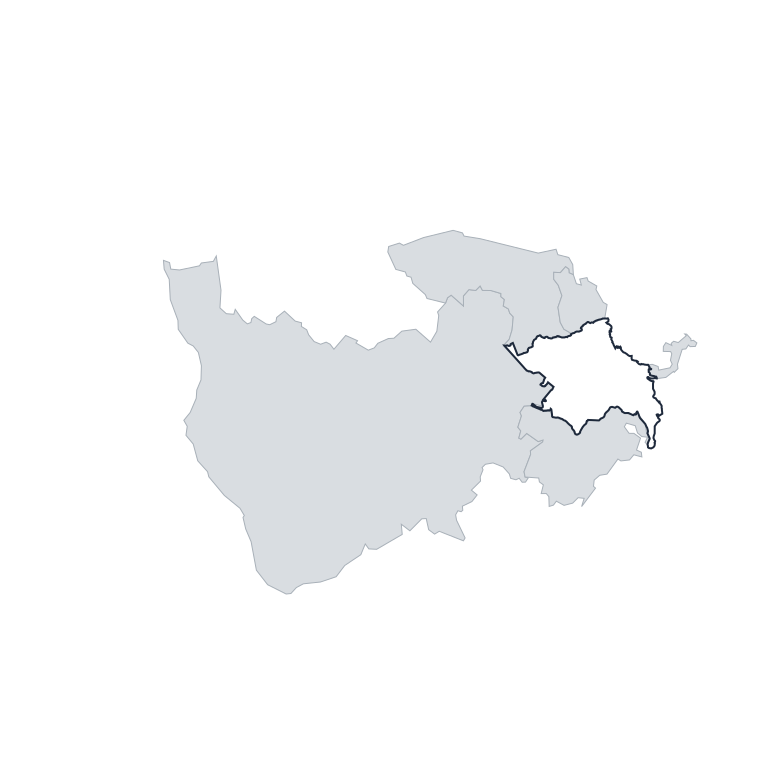 Colombia and the surrounding countries, rotated 129°
{"feature_id": "COL", "entity_name": "Colombia", "entity_type": "country or territory", "adm_level": 0, "iso_a3": "COL", "parent_name": "South America", "parent_adm1": "", "projection": "robinson", "projection_center": [-72.763, 4.099], "detail": "fine", "context": "with_neighbors", "style": "outline", "palette": "slate", "viewbox_px": 768, "rotation_deg": 129, "n_neighbors": 5, "source": "natural_earth", "source_scale": "50m", "svg_char_len": 10929}
<svg xmlns="http://www.w3.org/2000/svg" viewBox="0 0 768 768"><g transform="rotate(129 384 384)"><path d="M426.7,633.2L424.6,627.1L428.9,622.0L424.1,614.7L408.3,601.8L404.9,602.1L396.1,593.8L390.1,594.9L413.7,569.7L428.1,559.4L428.6,550.8L424.3,544.6L419.6,546.6L423.2,534.0L423.3,528.1L420.0,526.1L416.5,527.9L413.1,527.4L411.5,513.3L409.8,510.1L403.6,507.2L399.8,509.3L390.0,507.2L391.0,492.6L388.3,486.6L391.3,484.4L390.5,478.2L393.2,473.5L395.0,465.0L393.0,458.3L387.9,455.3L387.0,451.0L388.5,444.8L370.4,444.3L367.0,431.8L369.8,431.6L367.6,417.5L362.1,414.3L356.2,414.4L345.9,409.2L342.2,405.1L331.7,403.4L321.4,393.7L322.2,374.2L309.8,376.1L296.4,384.5L294.3,387.7L282.4,387.1L277.0,388.9L272.7,387.7L273.4,371.3L265.6,377.7L257.2,377.4L253.6,371.6L247.3,371.0L249.3,366.4L244.1,359.8L240.1,350.1L242.6,348.1L242.6,343.6L248.3,340.4L247.4,334.6L249.8,330.9L250.5,325.8L261.4,318.5L270.5,314.8L279.1,315.3L283.6,281.0L282.1,274.8L277.9,270.9L277.9,263.1L283.3,261.3L285.2,262.4L285.5,258.3L279.9,257.2L279.8,250.4L298.4,250.7L301.5,246.9L306.0,256.7L307.8,255.4L313.1,261.1L320.5,260.4L322.3,257.1L333.3,252.8L334.4,248.2L341.2,245.2L340.7,242.9L332.6,242.0L331.7,227.9L327.4,225.1L329.2,224.2L343.8,228.2L346.5,225.7L364.0,220.0L367.5,215.8L366.2,212.8L371.2,212.3L373.4,214.8L372.2,219.6L375.4,221.2L377.6,226.2L375.0,230.0L373.5,239.2L376.7,249.6L382.6,254.7L387.2,255.2L388.3,253.1L395.6,250.8L398.7,247.9L411.5,249.3L411.6,241.8L420.0,241.7L429.6,246.2L432.6,243.3L434.7,243.7L436.0,246.8L440.6,246.0L444.2,241.9L452.6,224.1L455.9,223.6L463.7,248.4L468.8,250.2L469.1,257.6L462.0,266.5L465.0,269.8L481.8,271.5L482.1,282.3L489.4,275.2L517.1,285.7L521.7,292.0L520.1,297.9L531.2,294.6L549.7,300.3L563.9,299.9L577.9,308.8L590.0,320.9L597.3,324.0L605.4,324.5L608.8,327.9L613.2,348.1L609.0,366.0L590.2,388.0L583.7,400.2L576.4,409.6L574.1,409.8L571.2,417.7L571.1,437.9L566.4,461.7L563.2,465.9L560.9,480.4L550.7,494.5L548.5,505.6L540.7,510.3L538.2,516.7L528.1,516.7L513.3,520.9L506.5,525.7L496.0,528.8L484.7,537.4L476.3,548.1L474.5,556.2L475.7,562.1L471.0,578.3L464.2,584.2L452.9,603.2L437.8,616.8L433.1,627.1L426.7,633.2Z" fill="#d9dde1" stroke="#a8b0b8" stroke-width="1"/><path d="M279.1,315.3L270.5,314.8L261.4,318.5L250.5,325.8L249.8,330.9L247.4,334.6L248.3,340.4L242.6,343.6L242.6,348.1L240.1,350.1L244.1,359.8L249.3,366.4L247.3,371.0L253.6,371.6L257.2,377.4L265.6,377.7L273.4,371.3L272.7,387.7L277.0,388.9L282.4,387.1L290.5,404.4L288.5,408.1L287.7,424.9L284.0,430.2L285.7,434.2L283.5,437.9L287.5,446.9L279.0,464.1L274.2,466.9L264.8,460.7L264.0,456.2L245.3,445.4L221.1,427.0L217.2,418.1L218.7,414.9L210.6,400.8L185.2,346.5L171.0,335.1L174.1,330.3L169.4,320.0L172.4,312.5L179.9,305.6L181.1,310.1L178.4,312.7L178.6,316.7L186.4,317.0L190.4,322.4L195.8,318.0L197.6,310.7L203.4,301.3L214.9,297.1L225.2,285.8L228.2,278.7L226.9,270.6L229.4,269.5L243.2,282.5L248.8,293.8L255.9,295.2L261.1,292.3L264.6,294.2L270.3,293.3L277.6,298.3L271.4,309.3L274.3,309.6L279.1,315.3Z" fill="#d9dde1" stroke="#a8b0b8" stroke-width="1"/><path d="M208.2,175.4L207.0,176.9L209.2,183.3L207.4,186.5L204.3,185.7L203.1,191.0L199.9,187.9L197.9,182.0L200.3,179.2L191.4,171.9L187.2,172.5L185.3,176.3L179.4,179.4L178.4,181.6L182.9,187.5L179.0,190.5L174.5,191.0L172.9,184.6L171.7,186.4L168.5,185.8L166.6,181.4L156.2,179.5L155.9,181.8L154.8,180.2L155.8,173.9L157.2,172.6L155.3,171.0L155.2,166.7L158.9,165.7L162.3,169.6L162.1,171.9L166.8,171.5L169.4,174.1L183.9,168.4L187.1,165.2L192.3,165.8L192.0,166.9L201.5,169.1L208.2,175.4Z" fill="#d9dde1" stroke="#a8b0b8" stroke-width="1"/><path d="M359.7,204.6L367.5,215.8L364.0,220.0L346.5,225.7L343.8,228.2L329.2,224.2L327.4,225.1L331.7,227.9L332.6,242.0L340.7,242.9L341.2,245.2L334.4,248.2L333.3,252.8L322.3,257.1L320.5,260.4L313.1,261.1L307.8,255.4L304.9,244.6L298.9,238.5L303.7,233.1L298.8,220.3L299.5,212.6L303.3,203.1L299.9,201.3L283.8,203.1L277.1,193.8L271.6,192.4L259.4,193.5L257.1,189.7L254.8,188.8L254.8,178.2L251.5,170.9L246.6,170.2L250.4,156.2L256.8,149.1L259.2,143.7L265.3,141.9L265.0,144.4L259.5,145.7L262.6,150.6L262.5,156.2L258.3,162.5L261.9,171.0L266.0,170.3L268.1,162.5L265.1,158.7L264.6,150.6L276.4,146.2L275.1,141.1L278.4,137.7L281.8,145.3L288.5,145.4L294.7,151.5L295.1,155.0L313.7,154.0L319.2,158.9L326.4,160.2L331.7,156.8L331.8,154.1L354.9,153.3L346.9,156.5L350.2,161.6L357.8,162.4L365.0,167.7L366.6,176.3L371.5,176.1L375.2,178.6L367.8,185.0L367.0,188.9L370.2,192.9L362.1,196.7L362.3,201.6L359.7,204.6Z" fill="#d9dde1" stroke="#a8b0b8" stroke-width="1"/><path d="M226.9,270.6L228.2,278.7L225.2,285.8L214.9,297.1L203.4,301.3L197.6,310.7L195.8,318.0L190.4,322.4L186.4,317.0L178.6,316.7L178.4,312.7L181.1,310.1L179.9,305.6L185.0,297.6L182.9,292.9L179.3,297.9L173.6,293.2L175.5,290.1L173.9,280.3L177.2,278.7L182.6,265.0L181.9,260.6L193.7,254.0L205.0,260.0L207.3,264.6L215.4,266.1L218.1,264.4L226.9,270.6Z" fill="#d9dde1" stroke="#a8b0b8" stroke-width="1"/><path d="M265.4,140.9L263.4,141.9L259.4,143.0L258.8,143.7L256.6,148.1L254.7,149.0L254.1,149.6L252.4,152.0L252.0,153.2L250.7,155.7L250.1,158.9L249.4,163.3L248.9,164.6L247.4,167.0L246.1,169.4L246.0,169.7L246.3,170.0L247.7,169.7L248.9,169.0L249.4,169.2L249.9,170.4L250.4,170.5L250.9,170.4L251.4,170.6L252.7,175.8L255.0,178.5L255.3,179.5L255.6,181.7L254.7,183.0L254.4,186.8L254.5,187.7L254.8,188.5L255.2,188.9L257.0,189.4L258.2,192.3L258.9,193.0L260.0,193.5L262.6,193.0L264.1,193.1L266.4,193.5L267.3,193.5L268.4,193.4L270.3,192.5L271.0,192.4L271.8,192.5L272.9,192.9L274.3,193.7L275.5,193.9L276.8,193.9L277.1,194.1L283.5,202.8L284.1,202.6L284.6,202.7L285.0,203.1L285.7,202.9L286.7,202.2L288.1,202.0L290.0,202.5L292.5,202.5L295.7,202.0L297.6,201.6L298.4,201.0L299.6,201.1L301.1,201.6L302.0,202.2L302.4,203.9L302.0,204.9L301.1,206.0L300.6,207.3L300.5,208.9L300.0,210.1L299.1,210.9L298.7,212.0L298.9,213.5L298.8,215.7L298.4,218.6L298.5,220.3L298.8,220.8L299.0,221.6L299.0,222.7L299.1,223.6L299.6,224.8L300.3,227.2L300.9,228.2L301.9,229.1L303.6,232.1L303.4,232.8L303.2,233.1L301.7,234.5L298.7,237.7L298.4,238.1L298.4,238.8L299.3,238.3L300.7,238.8L300.9,239.0L301.2,239.9L302.0,240.4L302.9,241.3L303.6,242.2L304.6,243.1L304.7,243.7L304.6,244.4L305.1,245.8L305.4,246.2L305.5,246.8L305.4,247.3L305.8,248.0L306.7,250.8L306.8,251.6L307.0,252.0L307.3,253.2L307.7,254.3L307.6,255.0L307.8,255.7L306.0,256.2L305.9,256.1L305.8,255.9L305.8,251.5L305.5,250.5L303.3,246.4L302.8,246.1L302.3,246.0L301.9,246.2L301.3,246.5L300.8,247.0L298.9,249.6L298.3,249.9L297.7,250.0L297.2,250.0L296.8,249.6L295.9,247.8L295.3,247.5L295.0,247.8L294.7,249.0L295.4,250.4L284.5,250.3L283.8,250.3L283.1,249.9L282.4,249.8L282.0,249.8L281.4,250.1L280.5,250.2L280.0,250.5L279.5,250.5L279.5,257.5L280.0,257.3L280.4,257.3L280.8,257.5L281.7,257.3L283.1,257.5L283.4,257.7L283.8,257.7L284.1,257.4L284.6,257.6L285.1,258.0L285.7,259.2L286.0,259.6L286.0,260.8L285.9,261.2L286.1,261.8L286.1,262.0L285.9,262.1L284.9,262.1L284.7,261.9L284.2,261.9L283.9,261.7L283.6,261.4L283.1,261.0L282.6,261.2L281.5,261.8L281.2,261.7L280.7,261.9L279.9,262.4L277.6,262.7L277.4,270.4L277.6,271.0L278.8,272.3L279.7,273.0L280.5,273.8L281.2,274.1L281.6,274.4L281.8,274.9L282.0,275.8L281.7,276.7L281.8,277.1L282.0,277.5L282.4,278.8L283.3,279.7L283.3,280.7L283.7,281.3L283.8,281.8L283.6,282.4L283.4,284.3L283.0,286.4L278.5,314.2L278.4,314.6L277.9,313.8L277.1,313.1L276.4,312.6L275.8,310.8L274.8,310.1L274.4,310.1L274.0,310.4L273.4,310.7L273.0,310.6L271.0,309.7L277.3,298.6L277.4,298.1L277.1,297.6L275.7,297.0L275.2,296.5L274.6,296.2L274.1,295.8L273.1,295.4L272.6,295.0L271.9,294.9L271.3,294.2L269.3,292.8L268.8,292.7L267.4,293.1L266.7,293.9L265.7,294.1L264.7,294.1L264.3,293.7L263.8,293.5L263.2,292.9L261.4,292.1L260.9,292.3L259.2,294.0L258.5,294.0L257.7,294.6L256.9,294.8L255.2,295.1L253.0,294.3L252.2,294.7L251.3,294.9L250.6,294.9L250.0,294.7L249.6,294.2L248.0,293.5L247.8,292.7L248.3,291.4L247.6,288.7L247.3,288.2L246.9,288.0L246.1,288.2L245.3,287.7L244.8,287.2L244.5,286.6L244.8,285.5L244.5,284.6L244.0,284.0L243.7,283.1L243.1,282.4L242.5,282.0L241.8,282.1L241.3,281.8L240.6,281.1L240.1,280.8L239.4,280.0L238.2,279.7L237.6,279.4L236.8,278.1L236.8,277.6L236.6,277.2L236.0,275.2L235.5,274.5L234.1,272.9L232.7,272.1L232.3,271.1L231.5,271.1L230.9,270.9L230.4,270.6L229.1,269.5L228.3,269.4L227.7,270.1L226.0,269.3L224.5,268.2L223.0,267.9L222.0,267.3L220.6,265.5L220.2,265.2L218.3,264.2L217.9,264.1L217.2,264.5L216.9,264.8L216.8,266.1L216.2,266.4L215.1,266.3L214.4,266.0L213.9,266.0L213.6,266.3L213.0,266.2L211.3,265.7L210.3,265.1L209.8,265.2L208.6,265.0L207.6,264.7L207.3,264.3L206.9,262.0L206.8,261.9L205.6,261.5L205.2,261.1L204.7,259.9L203.5,260.0L201.5,259.2L198.9,257.6L197.0,256.0L195.3,255.1L194.8,254.3L193.7,253.2L193.4,252.5L192.1,251.4L192.7,250.0L194.3,249.0L196.4,249.8L196.6,248.2L195.9,246.7L196.0,244.0L196.2,243.5L196.8,242.8L197.5,242.3L197.9,242.1L198.6,242.4L199.0,241.8L200.7,242.1L201.2,241.8L202.0,241.2L202.5,240.5L202.8,239.8L203.1,239.5L203.6,239.6L203.7,239.3L204.0,238.8L205.0,237.9L205.0,237.4L204.7,236.5L204.8,236.1L206.1,235.7L207.4,232.9L208.0,232.8L208.3,231.4L209.1,230.2L210.7,226.7L210.2,226.8L209.8,227.2L209.4,227.2L208.9,226.9L209.0,225.3L208.8,225.1L208.0,226.4L207.3,225.1L207.3,224.3L207.6,223.6L207.5,223.1L206.4,223.5L206.5,223.0L207.2,222.5L207.5,222.0L208.0,221.5L208.3,220.6L208.7,218.0L208.5,217.3L208.2,216.7L207.9,214.1L208.0,212.6L207.9,211.5L207.6,210.5L206.3,209.2L208.3,207.7L209.1,206.5L208.2,204.2L207.0,202.3L206.9,201.1L207.3,201.2L207.7,201.2L208.0,198.7L207.9,198.0L207.3,196.7L206.5,196.7L205.7,195.1L205.3,194.8L205.0,193.8L203.8,191.9L202.9,190.9L203.6,188.6L204.2,188.2L204.4,187.6L204.2,186.2L204.2,185.8L204.4,185.7L204.5,185.7L204.8,185.9L205.2,186.5L205.6,187.3L205.9,187.5L206.4,187.3L208.1,185.8L208.0,185.3L208.2,184.4L208.8,183.6L209.4,183.3L209.6,182.9L209.5,182.2L208.8,180.6L208.2,179.7L207.8,178.8L207.6,178.0L207.0,177.2L207.2,176.5L207.8,175.6L208.0,175.5L209.0,177.3L210.3,178.3L211.6,179.9L212.1,181.0L212.5,181.2L212.9,181.6L212.7,181.9L212.3,182.2L212.2,182.9L212.5,183.3L212.8,183.5L213.5,183.3L213.9,182.6L213.7,179.2L213.2,177.6L212.7,177.1L212.3,176.4L212.6,175.9L213.4,175.7L214.5,175.1L218.4,171.9L219.7,168.9L220.8,167.9L221.9,167.2L223.3,167.3L224.4,166.9L224.8,166.0L224.5,164.7L224.1,163.9L224.5,162.8L224.9,161.1L224.9,159.7L225.4,158.8L225.2,158.5L224.4,159.2L223.8,159.5L225.3,157.5L225.9,155.3L226.3,154.4L227.9,153.2L228.2,152.6L229.4,151.6L231.3,149.6L232.0,149.0L235.7,150.3L236.9,150.3L236.7,150.5L236.1,150.6L235.3,150.9L235.1,151.7L235.6,152.5L236.2,152.8L236.7,152.2L237.2,150.7L237.9,149.1L238.1,147.4L238.7,146.8L239.5,146.6L242.0,147.3L243.1,147.3L246.5,147.0L252.1,142.5L254.7,141.6L256.4,140.6L257.4,138.8L257.7,137.4L258.4,136.9L259.2,136.9L259.6,136.5L259.7,136.1L261.7,134.9L262.8,134.8L263.7,134.8L265.9,135.8L267.0,137.7L267.1,138.9L265.7,140.3L265.4,140.9ZM200.8,241.5L200.5,241.7L200.0,241.3L199.9,240.8L200.2,240.4L200.5,240.5L200.7,240.8L200.8,241.5Z" fill="none" stroke="#1e293b" stroke-width="2"/></g></svg>